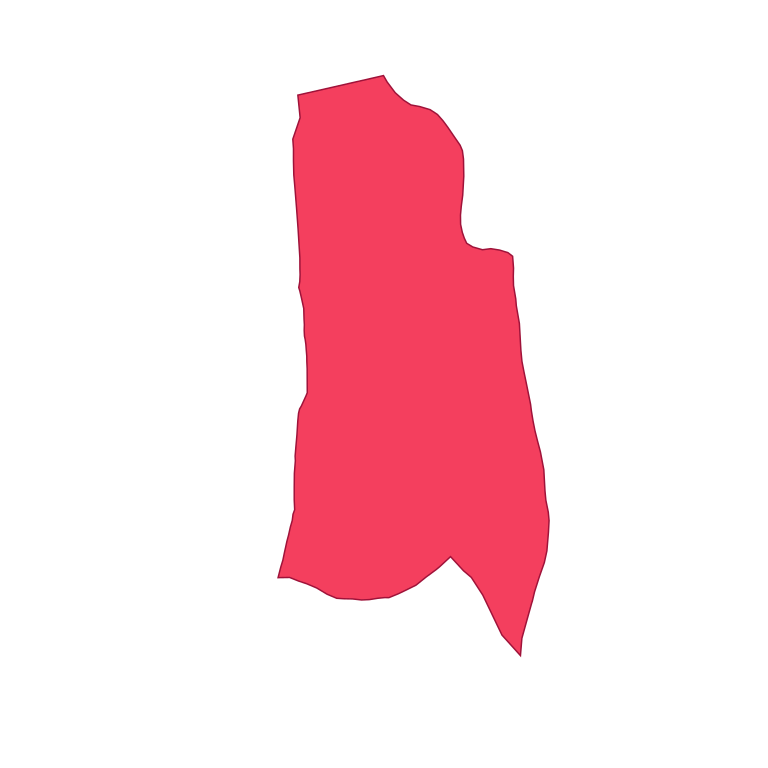 the district of Monchy/Vieux Sucreic/Careffe, Gros Islet, Saint Lucia, rotated 161°
{"feature_id": "8701671B37181005506912", "entity_name": "Monchy/Vieux Sucreic/Careffe", "entity_type": "district", "adm_level": 2, "iso_a3": "LCA", "parent_name": "Saint Lucia", "parent_adm1": "Gros Islet", "projection": "robinson", "projection_center": [-60.949, 14.057], "detail": "fine", "context": "isolated", "style": "filled", "palette": "rose", "viewbox_px": 768, "rotation_deg": 161, "n_neighbors": 0, "source": "geoboundaries", "source_scale": "gbopen_adm2", "svg_char_len": 1813}
<svg xmlns="http://www.w3.org/2000/svg" viewBox="0 0 768 768"><g transform="rotate(161 384 384)"><path d="M288.1,676.2L371.4,685.2L376.6,663.1L390.5,645.2L393.0,635.9L397.0,624.3L401.2,611.1L404.4,598.3L409.5,578.5L414.7,558.8L422.5,530.6L426.1,520.0L427.7,514.8L430.3,508.2L433.2,503.0L433.3,499.3L434.1,491.6L435.3,481.5L437.0,476.1L438.5,471.3L440.0,466.0L442.0,460.7L443.6,455.2L444.0,451.9L445.0,446.8L446.5,441.2L448.0,435.3L449.6,430.5L451.7,423.4L459.4,400.7L461.6,398.2L469.3,390.1L471.9,387.9L474.3,384.2L477.5,377.2L482.9,364.2L487.8,353.2L491.5,344.8L492.8,340.3L497.8,328.8L502.5,315.6L506.6,303.7L509.4,294.2L512.4,290.5L515.2,284.8L519.0,279.4L523.5,272.1L527.0,266.9L530.4,261.3L532.5,257.9L537.0,250.3L541.2,244.5L547.2,235.4L536.2,231.8L528.8,225.4L522.0,220.2L514.0,213.0L506.3,203.8L498.5,196.8L492.1,194.1L483.9,191.1L475.5,187.1L468.0,184.9L459.5,183.4L452.8,181.8L449.0,180.4L438.6,181.0L430.0,182.0L419.2,183.4L406.7,187.9L395.2,191.5L390.9,193.1L377.3,199.1L369.6,181.5L364.4,172.7L359.3,152.2L354.2,108.2L343.4,82.8L336.4,98.7L325.4,114.7L315.8,128.6L314.5,130.3L309.3,138.5L299.7,151.4L290.5,163.0L284.3,173.2L276.9,190.0L272.4,201.1L270.4,209.3L268.8,221.4L266.6,230.5L260.8,250.9L258.2,268.9L257.4,280.1L256.5,290.5L255.1,300.7L253.4,310.6L252.0,317.2L249.1,339.1L247.7,350.0L246.2,360.5L243.6,371.3L236.3,397.1L233.4,415.0L231.7,421.6L229.5,434.9L226.7,443.7L223.8,451.4L220.8,462.9L224.0,467.8L231.1,473.0L239.0,477.2L247.2,478.9L255.5,484.7L260.0,490.1L260.6,495.8L260.6,501.9L259.6,510.0L256.7,518.8L253.1,526.8L248.1,536.9L240.9,554.5L235.6,570.8L233.9,579.1L234.3,585.0L237.1,595.0L240.1,606.0L242.5,613.6L245.7,621.4L251.1,628.4L259.9,634.7L267.7,639.1L273.1,646.0L278.6,655.8L282.7,668.5L284.1,675.8L288.1,676.2Z" fill="#f43f5e" stroke="#9f1239" stroke-width="1.5"/></g></svg>